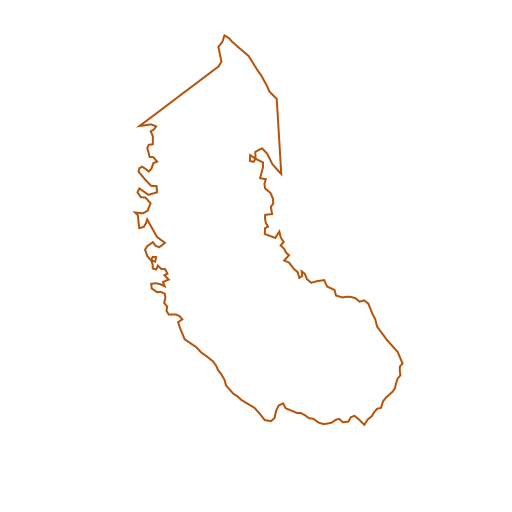 Marmeleiro, Paraná, Brazil (Equal Earth projection), rotated 326°
{"feature_id": "56859067B94130308653150", "entity_name": "Marmeleiro", "entity_type": "district", "adm_level": 2, "iso_a3": "BRA", "parent_name": "Brazil", "parent_adm1": "Paraná", "projection": "equal_earth", "projection_center": [-53.099, -26.246], "detail": "fine", "context": "isolated", "style": "outline", "palette": "amber", "viewbox_px": 512, "rotation_deg": 326, "n_neighbors": 0, "source": "geoboundaries", "source_scale": "gbopen_adm2", "svg_char_len": 2962}
<svg xmlns="http://www.w3.org/2000/svg" viewBox="0 0 512 512"><g transform="rotate(326 256 256)"><path d="M166.7,201.1L165.5,205.4L163.4,208.6L165.9,211.4L169.2,209.1L170.3,213.9L173.3,216.0L172.7,221.1L169.3,220.7L170.4,226.7L164.3,225.5L163.4,230.0L160.6,225.5L157.9,222.7L153.5,220.5L151.4,224.6L153.7,230.6L156.9,232.4L159.2,236.2L157.7,239.7L153.7,243.5L154.0,248.3L151.1,251.5L151.0,255.8L156.9,259.7L159.0,263.0L159.5,267.3L154.4,267.3L152.5,274.2L150.3,285.2L155.6,298.5L156.6,305.3L159.5,313.1L161.4,319.3L161.6,324.7L160.7,329.4L161.1,334.2L160.7,340.9L158.8,346.5L160.2,357.7L162.2,361.8L163.4,367.2L169.8,381.0L170.8,387.9L171.5,397.0L176.1,401.3L180.8,400.7L183.9,397.6L186.9,395.0L191.2,392.6L196.1,393.4L195.4,398.7L199.2,404.5L202.3,409.2L205.3,411.2L207.6,415.5L209.2,420.1L212.5,423.0L214.8,429.2L218.1,433.2L221.6,434.9L225.5,436.5L230.5,436.4L233.8,437.5L235.1,442.5L240.0,445.0L244.5,442.7L248.3,443.6L249.8,448.5L251.4,456.5L257.2,454.0L262.6,453.5L266.7,451.5L270.9,450.4L274.8,451.8L277.3,449.6L280.3,447.4L284.5,446.1L288.7,445.5L293.2,444.9L297.2,443.4L300.7,440.1L304.7,436.9L309.0,435.6L311.3,431.1L313.5,428.1L317.4,427.1L319.8,414.7L317.6,398.9L316.9,382.3L319.5,375.2L320.3,368.5L321.2,364.2L322.5,358.3L320.8,353.2L316.3,351.8L314.8,346.5L311.4,342.6L307.7,340.1L304.5,338.7L300.2,333.5L302.1,328.1L297.9,321.1L299.0,314.1L292.4,310.9L286.8,309.1L285.3,303.5L286.5,298.1L285.3,294.3L283.2,298.4L279.7,298.4L281.5,292.6L280.2,287.8L279.7,279.8L276.8,275.5L283.8,273.8L282.8,269.7L283.4,265.7L282.3,261.0L286.8,259.9L286.8,254.6L289.0,248.8L282.1,251.8L275.6,242.7L279.0,238.0L282.4,238.4L282.6,234.1L284.5,229.9L286.6,227.0L292.8,230.2L295.8,223.5L299.6,222.2L302.1,217.9L303.3,211.7L301.3,205.1L303.2,201.1L307.1,197.8L302.9,193.8L311.5,186.2L314.1,182.3L310.0,175.1L313.6,169.3L317.8,169.7L321.2,170.1L322.5,177.3L321.0,188.5L321.8,196.1L322.8,202.1L341.0,171.3L361.0,137.4L359.1,127.4L360.3,120.1L361.3,109.1L361.1,102.6L361.4,94.1L361.7,86.0L358.0,72.8L355.9,64.4L355.4,60.2L353.2,55.5L347.8,59.7L341.7,61.6L339.3,67.6L337.4,72.2L336.0,75.6L330.8,78.0L325.1,78.2L322.0,78.4L316.4,78.7L310.0,79.0L301.3,79.5L287.4,80.2L279.8,80.6L255.8,81.9L232.1,83.1L242.7,88.3L245.7,92.7L241.8,94.1L238.5,93.7L237.4,99.2L232.9,105.7L229.3,103.9L226.1,105.8L225.0,109.5L223.2,114.4L226.1,116.6L226.8,122.5L222.9,121.6L217.9,125.3L214.3,126.0L213.2,122.2L211.6,118.3L208.4,118.0L205.8,120.3L206.8,130.4L208.3,139.2L212.7,142.5L209.5,147.9L201.0,145.1L197.1,134.8L193.4,136.9L193.4,142.8L197.1,145.8L198.0,153.4L191.6,157.8L186.1,157.4L180.1,152.3L180.9,156.2L177.9,161.5L174.8,167.6L179.2,169.1L183.1,167.3L186.2,164.8L184.6,184.6L186.0,189.0L187.9,194.1L183.8,194.5L180.8,194.6L178.5,191.7L178.2,186.8L174.6,187.0L171.4,187.0L167.5,188.8L165.8,195.7L166.7,201.1ZM310.0,175.1L306.7,176.6L304.1,173.8L307.6,169.1L310.0,175.1ZM166.7,201.1L169.8,198.9L172.6,201.1L169.2,204.3L166.7,201.1Z" fill="none" stroke="#b45309" stroke-width="2"/></g></svg>